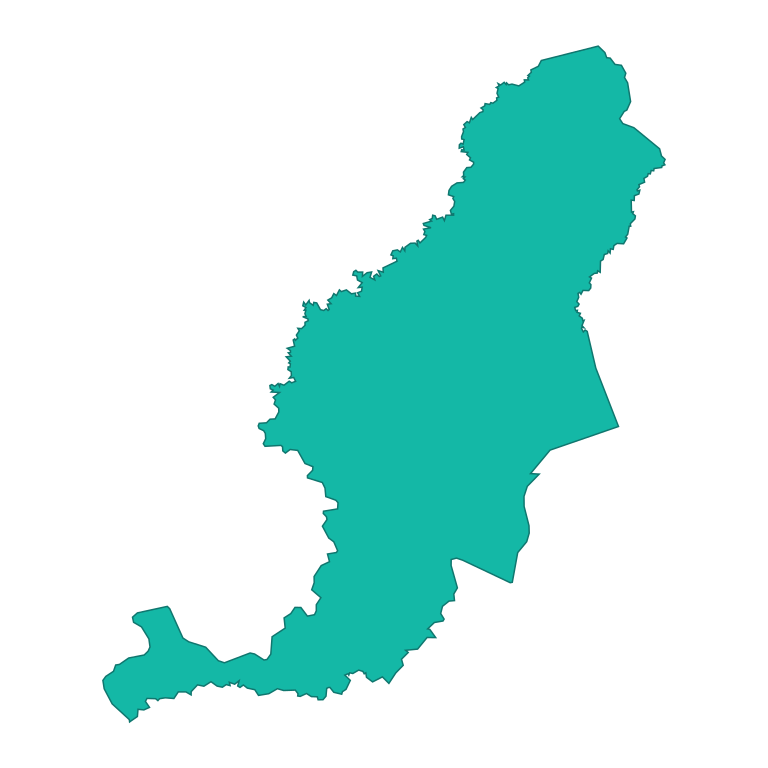 outline of Vinh Cuu, Đồng Nai, Vietnam
{"feature_id": "81297802B24916871487669", "entity_name": "Vinh Cuu", "entity_type": "district", "adm_level": 2, "iso_a3": "VNM", "parent_name": "Vietnam", "parent_adm1": "Đồng Nai", "projection": "mercator", "projection_center": [107.042, 11.243], "detail": "fine", "context": "isolated", "style": "filled", "palette": "teal", "viewbox_px": 768, "rotation_deg": 0, "n_neighbors": 0, "source": "geoboundaries", "source_scale": "gbopen_adm2", "svg_char_len": 6099}
<svg xmlns="http://www.w3.org/2000/svg" viewBox="0 0 768 768"><path d="M167.3,606.4L137.4,612.9L132.5,617.2L133.6,622.3L141.5,626.9L148.9,638.9L150.0,647.0L148.1,651.2L144.2,655.0L128.7,658.0L119.5,664.4L115.7,665.0L113.5,671.3L105.8,676.4L102.9,680.4L104.2,688.8L112.2,703.9L129.3,719.6L129.6,721.9L137.4,716.5L138.0,709.3L143.9,709.9L149.5,707.4L145.4,701.4L147.0,698.4L155.6,698.7L157.9,700.6L159.6,698.7L165.3,697.8L173.9,698.5L178.3,691.9L185.9,691.9L191.1,694.9L191.2,691.6L197.5,684.9L203.9,686.2L211.0,681.7L217.1,686.1L222.4,687.2L226.2,684.6L230.1,685.6L229.3,682.3L234.7,684.2L239.1,680.7L237.7,686.0L240.0,687.4L243.4,685.0L247.3,688.1L254.8,689.7L258.5,695.4L268.8,693.7L277.4,688.7L283.7,690.5L295.3,690.1L298.0,693.7L297.7,696.0L300.2,696.4L306.5,693.5L311.4,696.6L317.3,696.8L318.1,699.8L323.0,699.7L326.0,696.2L326.7,688.4L328.2,687.6L329.9,687.4L333.8,692.3L341.7,694.2L342.4,691.7L346.0,689.4L350.3,680.4L344.8,675.1L348.0,673.7L348.8,675.1L349.6,672.8L352.8,673.5L358.7,670.1L362.9,671.4L364.2,673.8L365.8,672.8L366.5,677.3L372.6,681.9L382.4,676.9L388.9,683.4L395.8,672.9L403.2,665.3L401.5,659.2L408.2,652.5L405.6,650.3L417.6,649.1L427.1,637.5L435.7,637.6L429.8,629.4L427.6,628.9L434.4,622.5L443.0,621.0L444.1,619.1L440.7,613.5L442.5,606.3L449.0,601.1L454.5,600.6L453.8,594.0L457.4,587.9L451.1,565.5L451.2,559.5L456.5,558.1L462.7,560.2L510.2,582.7L512.3,582.3L517.7,552.6L526.7,541.7L529.2,533.1L529.0,525.7L524.1,506.4L524.0,496.4L527.3,486.3L539.2,474.1L530.5,473.6L550.1,450.1L618.5,426.5L595.8,368.1L587.2,331.4L585.1,330.0L583.3,331.9L581.5,328.4L581.8,327.2L583.9,327.7L582.0,325.6L584.1,320.3L582.8,320.7L582.3,318.2L579.2,315.9L580.4,313.3L577.0,312.3L577.4,310.3L575.7,310.6L574.7,307.4L577.8,306.4L579.1,304.1L576.8,301.6L578.7,297.3L578.0,293.4L579.7,292.4L581.0,294.2L583.0,290.4L588.7,290.6L590.7,288.1L590.9,284.6L589.3,282.9L591.5,278.1L589.5,276.9L594.3,273.4L597.2,273.1L597.6,270.8L600.2,272.3L600.5,261.1L603.1,259.5L604.3,254.5L607.6,253.5L608.1,250.8L610.1,253.1L610.5,248.8L613.2,249.4L613.9,245.6L617.1,243.4L623.6,243.8L627.0,238.0L625.5,237.0L627.7,234.3L629.2,226.2L630.7,226.2L630.3,223.7L634.9,219.0L635.4,215.9L632.7,213.6L633.4,211.7L631.5,212.1L631.2,200.1L634.2,200.5L634.4,195.7L638.9,194.0L639.8,190.2L637.4,190.9L637.0,189.7L639.5,186.8L638.9,184.6L644.6,182.2L643.9,178.4L647.5,176.3L648.2,173.6L650.3,173.9L651.2,170.5L653.7,170.8L654.1,168.5L661.7,167.5L662.0,165.9L664.9,164.8L663.6,162.9L665.1,159.4L661.5,156.0L659.6,148.8L633.9,127.7L622.8,123.6L619.6,118.7L624.2,111.4L626.8,110.1L630.6,101.6L627.6,82.8L624.5,77.5L625.8,73.2L621.4,65.3L615.0,64.4L610.2,58.1L606.7,57.7L604.9,52.6L598.2,46.1L541.3,60.5L538.3,66.3L530.9,69.9L531.3,72.3L527.9,75.5L529.3,76.2L527.7,77.8L528.5,79.9L524.3,79.9L524.7,82.1L518.8,85.9L512.0,84.1L508.6,84.8L506.6,82.9L506.1,84.5L504.2,82.3L500.6,85.0L498.1,83.6L499.1,85.9L496.3,87.5L498.1,88.5L497.0,93.3L498.7,97.1L496.6,97.9L496.9,100.3L492.9,103.2L490.8,102.6L489.7,104.4L485.1,103.6L484.7,105.9L481.0,108.0L483.1,109.7L482.9,111.6L479.9,112.6L472.7,119.5L471.3,117.4L469.4,122.8L467.1,121.6L463.8,124.6L465.4,127.5L463.0,129.0L463.5,131.7L461.6,136.6L461.7,139.0L464.1,139.6L463.1,144.1L461.0,143.2L459.4,144.7L459.2,148.2L463.4,146.8L464.1,150.0L461.7,149.8L461.2,151.6L467.9,152.4L466.7,154.5L470.5,157.8L469.5,159.9L473.6,162.2L473.6,164.1L470.9,167.3L466.8,167.6L463.5,172.1L463.7,175.5L462.3,176.8L464.9,177.0L463.3,178.7L465.3,180.1L463.5,182.4L457.0,182.9L451.6,186.3L449.0,190.4L448.4,194.8L453.7,196.6L452.9,198.5L454.7,201.4L453.9,206.2L450.4,210.4L451.4,214.1L453.6,213.7L453.6,215.2L446.0,215.2L444.4,220.6L442.6,217.1L436.7,219.3L435.1,215.8L432.7,215.2L432.2,218.5L429.7,219.6L431.6,221.1L423.3,223.5L424.0,225.4L431.0,227.7L423.5,229.1L424.9,231.5L423.8,234.6L426.6,235.4L425.7,237.4L420.0,242.9L418.2,240.3L416.9,241.1L417.7,245.9L415.1,243.1L410.5,243.3L405.0,247.3L404.8,250.8L402.5,247.4L400.3,251.9L397.4,249.9L392.8,250.8L390.9,254.9L393.2,255.8L392.8,258.7L396.4,258.2L397.0,261.2L383.0,267.9L383.3,272.2L378.1,270.6L380.7,275.9L379.3,276.5L376.8,274.0L373.6,276.3L374.8,279.9L370.0,277.4L371.6,272.0L367.1,272.7L362.4,276.4L362.7,272.1L357.7,272.1L355.9,270.3L353.7,271.7L352.8,275.1L356.7,275.9L357.5,280.0L362.2,282.6L358.2,287.6L362.2,287.2L361.5,291.2L357.6,292.8L359.6,296.4L355.6,296.1L355.5,293.1L351.4,293.8L346.4,289.9L341.3,291.6L339.4,289.9L336.5,295.5L333.8,293.6L331.7,297.8L327.8,300.1L331.1,303.7L327.3,304.2L329.2,309.5L328.0,310.5L326.2,308.7L323.8,310.5L320.5,309.7L316.7,302.9L313.8,302.4L313.2,305.3L309.5,302.7L309.1,300.4L305.8,304.9L303.7,302.1L302.8,305.8L306.0,307.6L304.2,310.2L305.9,310.2L304.9,313.7L306.1,316.4L302.7,316.7L307.9,318.9L308.2,320.7L305.0,322.3L305.0,325.4L301.6,328.6L297.8,328.3L299.3,330.8L296.4,335.1L297.8,338.1L295.4,340.3L294.7,338.9L293.2,340.0L294.6,346.2L287.2,348.3L290.5,350.6L290.5,352.4L288.3,352.8L291.3,356.2L286.2,356.8L290.3,361.2L288.7,362.9L290.4,363.8L290.0,367.0L288.2,366.9L287.9,369.6L291.2,371.7L291.4,375.6L289.3,378.2L293.7,377.5L295.6,381.3L291.7,382.8L289.2,381.2L284.0,385.2L280.0,383.7L279.5,386.4L278.1,383.5L274.8,386.3L271.8,384.6L269.9,385.5L270.3,388.8L273.2,390.1L271.2,392.0L279.5,392.5L273.2,397.3L275.5,399.9L274.1,404.1L278.7,408.2L278.8,412.0L275.1,418.9L270.0,419.2L266.5,422.8L259.2,423.3L258.2,425.9L259.1,428.5L263.7,430.7L265.3,433.4L265.7,438.7L263.3,443.7L265.0,446.3L281.0,445.4L282.5,446.7L282.8,450.9L285.4,453.1L290.1,449.5L297.7,450.4L305.0,463.5L312.9,466.7L312.6,470.3L307.4,475.6L307.5,477.9L322.3,482.5L325.0,488.1L325.8,496.6L335.8,500.2L338.0,502.7L337.6,508.9L323.5,511.2L323.3,513.5L326.4,516.7L327.0,519.5L322.4,526.2L328.8,538.1L333.8,541.8L337.6,550.7L336.4,552.5L327.5,554.0L329.5,561.7L321.2,565.6L314.1,576.5L314.2,582.7L311.7,589.8L320.9,597.7L316.3,604.7L316.3,610.8L314.5,614.7L307.4,616.1L300.9,607.5L295.0,607.4L290.8,613.6L284.1,617.9L285.2,628.1L272.1,636.7L270.8,654.1L267.0,659.5L264.0,660.0L254.6,654.0L250.1,653.0L224.4,662.8L218.3,660.7L205.7,647.2L188.7,641.8L182.9,638.0L169.7,608.7L167.3,606.4Z" fill="#14b8a6" stroke="#0f766e" stroke-width="1.5"/></svg>